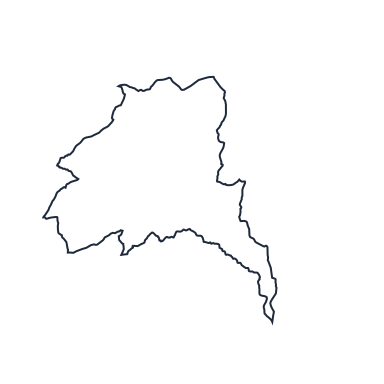 outline of San Bernardo, Nariño, Colombia, rotated 28°
{"feature_id": "7082276B75597823165208", "entity_name": "San Bernardo", "entity_type": "district", "adm_level": 2, "iso_a3": "COL", "parent_name": "Colombia", "parent_adm1": "Nariño", "projection": "equal_earth", "projection_center": [-77.01, 1.531], "detail": "fine", "context": "isolated", "style": "outline", "palette": "slate", "viewbox_px": 384, "rotation_deg": 28, "n_neighbors": 0, "source": "geoboundaries", "source_scale": "gbopen_adm2", "svg_char_len": 6008}
<svg xmlns="http://www.w3.org/2000/svg" viewBox="0 0 384 384"><g transform="rotate(28 192 192)"><path d="M77.5,133.1L80.4,132.5L82.7,134.6L83.8,136.0L85.2,137.2L87.0,137.3L87.7,139.9L88.1,142.1L88.4,148.8L87.0,150.0L86.4,151.0L84.9,152.9L84.8,153.9L85.1,155.3L84.8,157.1L85.6,161.2L86.5,164.1L87.3,164.8L88.6,165.1L88.7,166.1L88.5,166.7L88.4,168.4L87.9,169.9L87.3,172.5L87.0,173.4L86.1,174.9L84.1,177.7L82.9,180.6L82.1,183.3L78.8,187.7L77.1,190.2L73.2,193.4L72.3,194.4L71.2,196.0L70.4,200.4L70.0,201.6L68.4,204.8L68.0,205.9L67.8,209.0L67.9,211.9L66.7,216.0L66.4,216.5L65.2,216.9L64.9,218.4L64.4,218.4L63.3,219.8L63.1,221.2L62.6,222.0L61.5,222.5L60.1,223.7L60.9,228.4L60.3,230.4L60.5,231.7L60.8,231.5L61.5,231.5L62.0,232.1L62.3,232.2L63.0,231.9L63.6,232.5L65.4,231.9L66.0,231.9L66.7,232.1L67.4,231.9L68.4,231.3L70.3,231.4L71.2,230.7L71.7,230.6L72.9,231.3L75.4,230.7L76.6,231.3L79.5,233.3L81.0,233.3L81.8,233.6L85.5,233.9L85.1,235.2L81.1,239.2L79.9,240.7L79.1,242.5L78.1,243.4L77.8,244.2L77.8,245.2L78.3,247.6L76.8,247.7L76.5,248.1L75.4,250.3L74.7,251.3L74.5,252.8L73.3,255.0L73.1,256.6L73.6,260.6L73.5,264.0L73.1,265.1L73.4,270.0L73.3,272.7L73.7,275.3L73.1,281.5L72.6,283.4L72.7,284.2L74.0,283.5L75.9,284.1L77.3,282.9L77.8,282.2L79.7,280.6L83.5,278.0L84.6,277.5L85.0,277.6L86.9,280.7L88.6,282.4L89.3,284.7L91.3,288.2L93.1,290.7L94.0,291.1L97.4,291.3L97.7,292.0L98.7,292.9L99.3,293.2L100.6,293.4L104.6,295.2L108.8,300.5L109.5,301.0L110.8,303.8L113.1,302.5L115.7,301.5L117.7,298.6L122.0,293.7L124.9,290.9L127.7,286.4L129.7,284.5L130.2,284.2L131.7,283.9L133.0,283.0L136.0,276.4L136.3,274.6L136.2,273.3L136.4,272.9L139.0,269.2L139.8,266.9L141.3,265.2L143.5,264.4L145.0,261.9L146.0,261.2L146.5,260.6L146.9,259.3L148.9,258.8L149.5,262.8L148.8,264.4L148.1,265.4L149.7,267.8L150.1,268.4L151.1,269.0L151.5,269.0L153.9,270.0L154.9,270.2L155.7,270.1L156.0,270.8L156.9,271.8L158.5,274.3L158.7,275.0L159.1,280.7L162.7,278.1L163.8,277.5L164.0,276.8L163.6,275.9L163.6,273.8L164.7,271.7L165.0,270.4L165.7,269.3L166.0,268.8L165.0,267.9L165.1,267.2L169.4,265.3L171.8,261.6L173.4,259.7L173.7,258.3L173.3,257.3L173.2,256.3L173.9,254.2L173.9,251.6L174.5,250.5L174.8,248.8L175.8,246.5L176.4,246.3L177.8,246.5L180.8,247.5L182.5,247.1L183.1,247.7L183.9,247.7L184.1,247.9L185.9,250.0L186.1,250.1L187.1,249.5L187.7,250.2L187.9,250.2L188.7,249.4L189.3,248.5L189.9,245.4L190.3,244.2L190.6,243.7L191.2,243.4L192.4,243.4L193.0,242.9L193.7,242.8L194.4,241.8L195.1,241.1L196.8,241.0L197.1,240.7L197.2,239.9L197.0,239.2L197.2,237.9L197.0,237.2L196.8,235.1L196.9,234.4L197.3,233.8L200.3,232.5L201.3,231.4L202.0,229.4L202.4,229.0L204.7,228.8L205.5,228.0L206.6,226.3L207.4,225.7L208.6,226.3L212.3,226.2L214.4,226.6L215.6,227.6L216.4,228.0L217.5,227.9L220.4,226.5L221.2,226.5L222.9,227.4L225.2,229.7L225.5,230.4L225.8,230.5L227.5,229.9L230.8,229.2L231.7,228.0L231.9,227.9L232.8,228.5L233.3,228.6L234.8,227.1L236.1,227.1L238.2,226.0L239.4,225.7L240.3,225.7L241.0,226.0L242.5,228.3L243.8,228.4L244.6,228.2L245.3,228.3L245.6,228.4L246.3,229.6L247.2,229.7L248.3,229.2L249.0,229.3L249.5,229.6L250.7,231.1L251.1,231.4L251.7,231.4L252.2,230.9L253.4,230.3L254.8,230.3L256.2,229.9L257.1,230.5L258.3,230.7L259.5,231.6L259.9,231.6L260.7,230.8L261.1,230.6L263.1,230.9L264.2,231.7L265.4,233.0L266.0,233.0L267.5,232.0L268.2,231.9L270.4,233.3L275.3,233.9L276.7,233.0L277.3,232.8L278.5,233.8L278.9,234.7L279.6,235.1L281.3,234.6L282.4,233.9L282.9,233.8L284.4,234.0L286.9,232.8L287.6,232.6L288.1,232.7L290.1,233.7L292.0,235.3L292.1,236.7L292.7,237.2L292.7,237.6L292.3,238.6L292.4,240.2L293.6,241.8L295.1,242.9L295.5,243.4L296.1,244.7L297.2,246.2L299.0,249.7L299.9,250.7L300.7,250.9L302.0,250.8L305.7,249.7L307.5,249.9L308.5,251.7L308.6,253.2L308.9,253.9L308.8,258.3L309.0,259.3L309.6,260.3L311.0,261.8L313.0,265.1L316.3,266.4L319.5,267.0L321.4,267.6L322.6,268.1L323.9,269.1L322.1,264.2L320.5,259.2L316.8,256.8L315.3,255.6L313.6,253.8L313.2,253.0L313.0,251.6L313.1,248.9L313.7,242.5L313.2,240.9L311.5,236.8L310.3,235.9L309.7,234.4L308.2,232.6L307.7,231.8L307.2,230.4L306.6,229.7L305.9,229.6L303.0,230.1L297.1,221.9L292.7,218.0L290.9,216.6L290.0,214.2L288.3,212.0L284.7,205.6L284.1,204.9L282.8,204.6L282.2,205.0L281.6,206.1L280.5,206.4L272.7,206.4L271.2,206.2L269.2,204.8L268.0,204.3L266.0,204.5L264.3,204.4L263.0,203.2L259.9,197.9L257.0,195.5L254.9,193.1L253.9,192.6L252.3,192.8L251.3,193.2L248.8,194.8L248.4,194.8L245.3,191.8L245.3,190.1L244.7,188.2L244.1,186.6L242.6,184.0L242.9,183.1L242.7,182.3L242.0,181.8L240.5,181.1L239.9,180.3L239.7,178.9L239.3,175.0L238.5,173.6L238.3,171.7L235.8,167.1L235.3,165.9L235.0,163.8L234.6,159.2L234.0,158.1L233.7,157.9L231.2,159.4L229.5,159.4L227.9,158.8L227.5,160.9L227.1,162.0L226.2,163.4L225.0,166.0L223.0,167.7L220.2,169.3L218.6,169.7L218.0,169.2L217.6,169.2L217.1,169.9L215.9,170.4L212.2,170.2L210.3,170.6L209.5,171.0L209.3,170.9L208.8,170.5L207.9,167.6L207.1,166.4L206.9,164.1L206.0,162.8L205.5,161.6L205.5,160.1L206.0,158.3L206.2,156.6L206.7,154.8L206.5,153.7L206.0,153.4L204.8,153.7L204.6,153.5L203.9,151.7L200.5,148.4L199.2,146.6L198.8,144.4L198.9,140.0L198.7,137.4L197.5,133.8L197.2,133.6L196.1,133.6L193.8,134.5L191.9,134.2L191.5,133.9L191.0,133.6L189.7,132.1L189.0,130.6L188.8,129.3L188.5,128.7L188.0,128.2L186.7,127.8L185.5,126.4L185.0,126.0L185.2,124.3L185.9,122.0L185.7,120.0L186.1,119.1L185.5,116.6L186.2,114.1L186.0,111.1L186.0,109.6L185.8,108.8L185.1,106.7L180.9,98.9L178.6,96.0L176.1,94.4L175.8,94.0L175.4,91.7L174.4,89.8L174.4,88.7L173.4,87.5L171.0,87.0L167.9,86.0L158.7,81.6L157.0,80.2L153.2,82.5L151.2,84.2L145.3,90.0L141.0,99.1L136.9,105.5L135.2,106.6L133.9,106.4L131.3,105.1L123.4,103.7L121.6,102.8L120.5,101.9L119.3,101.6L118.1,101.9L115.4,105.0L113.2,106.8L109.4,109.1L108.6,109.9L107.8,112.1L107.1,116.7L106.5,118.0L106.4,118.7L106.6,120.7L106.4,121.2L105.3,122.0L103.9,122.9L102.1,125.3L100.8,125.9L99.3,125.6L98.4,126.2L97.3,128.0L94.7,127.8L92.9,127.4L90.7,127.9L89.4,128.0L87.8,128.5L84.4,128.3L82.6,128.7L80.5,129.9L78.4,131.6L77.5,133.1Z" fill="none" stroke="#1e293b" stroke-width="2"/></g></svg>